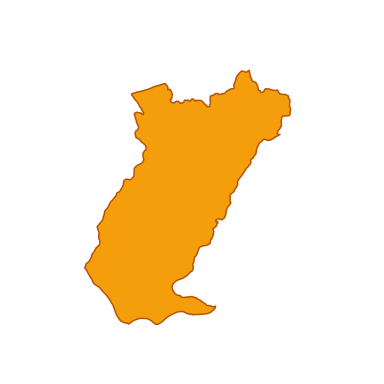 the district of Vitória do Xingu, Pará, Brazil, rotated 242°
{"feature_id": "56859067B39122810620309", "entity_name": "Vitória do Xingu", "entity_type": "district", "adm_level": 2, "iso_a3": "BRA", "parent_name": "Brazil", "parent_adm1": "Pará", "projection": "robinson", "projection_center": [-51.962, -3.173], "detail": "fine", "context": "isolated", "style": "filled", "palette": "amber", "viewbox_px": 384, "rotation_deg": 242, "n_neighbors": 0, "source": "geoboundaries", "source_scale": "gbopen_adm2", "svg_char_len": 6040}
<svg xmlns="http://www.w3.org/2000/svg" viewBox="0 0 384 384"><g transform="rotate(242 192 192)"><path d="M201.5,296.2L203.6,294.6L204.5,295.6L205.3,296.3L206.9,299.7L208.4,301.8L210.4,303.2L212.6,303.9L215.9,306.5L216.5,307.4L215.2,310.5L213.9,313.2L214.2,314.7L218.1,317.4L220.1,318.4L222.0,318.3L223.5,319.3L227.3,321.7L229.5,321.2L231.4,322.2L233.7,320.6L234.6,319.8L235.3,318.3L236.5,316.8L237.6,315.5L241.9,315.3L242.7,312.9L245.0,309.9L246.9,308.3L248.6,305.3L248.2,303.9L247.0,302.7L246.9,300.8L247.7,299.8L249.2,299.7L250.1,298.8L250.9,298.5L252.1,299.0L253.2,299.2L254.5,299.6L255.7,299.7L257.0,299.8L257.9,299.9L259.3,299.5L260.0,298.6L261.3,297.5L263.8,297.6L266.6,297.8L267.7,298.1L268.5,298.4L269.4,298.6L270.7,299.2L272.5,299.6L272.5,298.0L272.2,296.6L273.0,295.1L273.9,294.6L274.6,293.7L275.4,293.0L275.2,291.0L274.8,289.8L273.9,287.5L272.9,285.7L271.7,284.1L270.1,283.1L268.5,280.8L267.6,280.0L267.0,279.2L265.1,278.6L264.1,278.0L263.8,277.1L264.1,275.9L264.9,274.5L264.5,273.0L264.9,271.4L264.6,269.2L263.9,267.9L264.0,266.5L264.8,263.8L265.3,261.7L266.8,261.0L267.4,260.1L267.9,258.6L267.5,257.6L267.5,256.1L267.9,254.6L268.0,253.1L267.0,252.5L266.1,251.9L264.9,251.4L263.9,250.7L262.5,250.3L261.2,249.4L260.1,248.2L259.2,247.6L259.7,246.4L260.7,245.3L261.8,245.3L263.6,244.6L264.4,244.1L265.9,244.1L267.2,243.8L268.4,243.0L269.3,241.8L270.0,240.1L270.8,239.4L270.8,237.7L272.1,237.3L273.2,236.6L274.1,236.0L273.9,234.7L273.3,233.8L273.5,232.4L274.9,232.0L275.2,230.4L276.3,229.4L276.4,228.4L275.2,226.7L275.0,225.1L275.7,224.3L275.8,223.2L277.0,222.9L278.2,222.7L279.4,221.1L279.4,219.5L279.0,217.8L279.7,217.2L280.3,216.4L281.2,215.9L282.2,215.6L283.8,216.3L283.4,217.1L284.1,217.9L287.1,220.3L288.2,220.7L291.1,221.0L292.5,221.0L293.1,220.1L293.8,218.7L294.6,219.3L295.5,219.8L296.8,219.8L297.7,219.8L299.1,219.5L300.2,219.3L300.8,218.0L301.1,216.5L301.4,214.5L301.8,212.2L302.4,210.0L302.9,207.1L302.9,205.1L303.3,202.0L303.4,200.7L305.3,192.5L305.8,191.2L306.1,190.3L306.3,188.0L306.8,186.0L306.9,184.7L305.8,184.4L304.1,184.7L302.3,184.7L300.6,185.0L299.3,185.3L297.7,185.9L295.5,186.0L294.0,186.1L293.1,186.1L291.7,185.8L289.5,186.8L288.7,186.0L284.7,186.5L283.3,185.4L284.0,184.5L285.4,184.3L286.3,183.1L287.2,182.1L288.0,181.2L288.5,180.0L288.5,178.5L287.8,177.5L286.1,177.5L284.7,176.9L282.2,176.5L280.8,176.2L279.8,175.7L278.5,175.7L275.6,175.5L274.4,175.4L273.0,174.0L272.3,172.8L272.4,171.4L271.3,169.9L269.9,169.1L268.7,168.7L266.3,168.2L262.8,170.4L260.1,170.7L257.7,171.9L254.7,172.9L252.4,172.1L251.1,171.3L250.7,169.5L250.1,168.4L248.6,166.4L245.7,165.3L243.3,164.6L242.3,163.7L241.4,162.1L240.9,160.9L241.2,159.6L241.2,157.5L241.2,155.9L240.9,154.6L239.9,152.1L237.8,150.8L235.3,149.6L233.2,148.0L231.6,144.1L232.1,142.5L233.2,141.7L233.8,140.5L234.4,139.6L233.9,137.5L233.5,136.6L231.5,135.3L230.1,134.4L227.1,129.6L226.2,127.7L226.5,125.7L226.0,124.8L224.1,122.8L223.6,121.0L223.1,120.0L221.9,117.1L221.7,116.0L221.1,114.8L219.3,112.4L217.2,109.3L216.8,107.7L216.2,106.2L215.0,105.1L214.0,104.4L212.4,103.0L211.8,102.0L210.1,100.9L208.7,98.8L207.6,96.1L207.4,95.2L206.5,93.2L205.6,91.8L202.4,91.2L200.8,91.0L199.4,90.7L197.8,89.5L195.7,88.2L194.0,87.9L192.4,87.7L190.8,87.1L189.9,86.4L188.7,85.2L188.1,83.5L188.1,82.4L187.8,81.3L187.2,80.3L186.4,79.3L185.8,78.3L183.4,73.8L181.9,72.9L179.8,69.7L179.0,68.3L178.3,64.9L176.4,62.9L175.5,61.8L174.6,61.8L172.8,62.1L171.4,62.1L169.1,62.1L166.2,62.2L164.5,62.4L163.0,62.5L161.8,62.5L160.8,62.4L159.1,62.3L157.1,62.4L156.3,62.7L152.1,65.0L150.4,65.7L146.3,66.5L144.3,67.0L142.9,67.5L141.1,68.0L139.6,68.2L138.5,68.3L137.6,68.5L135.2,68.8L133.0,68.8L130.0,69.0L128.7,69.1L126.7,68.8L124.3,68.3L122.3,68.2L121.5,68.0L120.2,67.8L118.1,67.7L113.3,68.1L111.7,68.6L109.3,70.1L107.4,72.0L106.7,73.0L105.2,74.1L105.3,75.6L105.9,79.4L105.9,81.0L105.7,82.1L105.3,84.5L104.8,87.1L104.0,88.6L103.1,89.7L102.6,90.6L101.8,92.2L100.9,93.2L99.2,94.6L97.2,95.7L95.5,96.5L94.0,96.9L92.4,97.6L91.7,98.8L91.0,100.7L91.3,102.6L91.5,104.9L93.1,111.4L93.3,115.1L93.3,118.7L93.1,119.9L92.9,122.9L92.2,124.8L90.8,127.8L86.2,131.4L84.6,133.6L83.3,135.0L82.5,136.9L80.5,140.8L78.4,145.8L77.5,148.3L77.1,150.5L77.1,152.1L77.5,154.7L78.3,157.4L79.1,158.3L80.1,159.1L80.4,157.7L80.8,156.5L82.3,155.3L83.3,154.4L83.9,153.4L84.3,152.4L85.1,151.7L86.8,151.4L88.5,150.5L89.7,149.7L90.6,149.1L91.7,149.0L92.7,148.3L93.6,147.7L94.7,146.6L96.0,146.5L96.8,146.1L97.3,144.8L98.3,144.3L99.6,143.1L100.2,141.9L100.7,140.2L101.7,138.0L102.3,136.6L102.6,135.2L103.4,134.4L104.2,133.2L105.3,133.1L106.4,132.8L106.9,131.7L107.7,130.6L109.1,129.9L110.6,129.2L111.5,129.2L114.5,129.0L116.9,129.4L118.7,130.9L119.9,132.4L120.7,135.1L121.0,138.1L120.7,140.1L120.2,142.5L120.4,147.1L121.0,150.0L121.6,151.2L122.1,152.7L122.3,155.4L123.8,157.0L124.6,157.6L125.4,158.1L126.9,158.2L127.7,158.6L128.9,160.2L130.2,161.5L132.3,162.7L133.3,164.1L133.6,165.1L135.1,167.7L135.9,168.3L136.8,169.2L137.3,169.9L138.7,171.3L139.6,172.7L139.7,174.0L139.3,175.4L139.2,177.0L138.5,178.6L138.1,180.0L138.0,181.5L138.0,182.7L138.6,184.4L140.8,185.7L141.6,187.6L142.4,188.6L143.3,189.8L144.7,190.9L146.9,192.7L147.8,192.8L148.7,192.9L149.6,193.1L150.1,196.3L150.6,197.5L151.4,198.6L152.4,199.1L152.6,200.4L153.8,200.7L155.0,199.5L156.0,199.6L156.1,200.6L156.1,202.0L155.6,203.1L153.8,204.8L153.5,205.7L153.8,208.1L156.0,211.0L157.0,211.8L158.4,212.6L161.2,215.3L161.9,216.3L162.2,217.4L164.0,220.9L164.9,221.5L165.8,221.2L166.8,221.5L167.5,222.3L169.0,222.9L170.3,223.5L171.1,224.1L171.8,225.2L172.5,228.2L172.7,229.3L174.3,230.9L175.2,233.4L176.2,234.4L176.9,235.6L177.9,236.3L179.1,236.4L179.8,237.0L180.5,238.3L181.3,239.4L184.0,245.2L187.6,251.8L187.9,253.3L188.7,254.7L189.3,256.6L190.1,257.6L190.8,258.1L192.8,258.6L193.3,261.9L194.5,263.4L194.8,264.7L195.4,265.7L196.0,266.5L196.7,267.1L197.4,267.8L199.3,268.9L200.6,270.3L201.7,272.0L203.0,273.7L203.6,274.5L203.9,276.7L204.8,280.0L204.3,281.1L202.5,282.5L201.1,285.3L201.1,289.5L201.4,291.7L201.5,296.2Z" fill="#f59e0b" stroke="#b45309" stroke-width="1.5"/></g></svg>